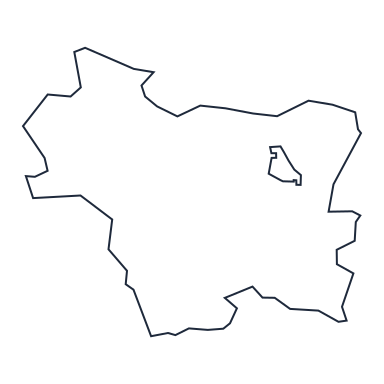 Karmana, Navoi, Uzbekistan (Mercator projection)
{"feature_id": "79887680B23954211598190", "entity_name": "Karmana", "entity_type": "district", "adm_level": 2, "iso_a3": "UZB", "parent_name": "Uzbekistan", "parent_adm1": "Navoi", "projection": "mercator", "projection_center": [65.268, 40.01], "detail": "fine", "context": "isolated", "style": "outline", "palette": "slate", "viewbox_px": 384, "rotation_deg": 0, "n_neighbors": 0, "source": "geoboundaries", "source_scale": "gbopen_adm2", "svg_char_len": 1043}
<svg xmlns="http://www.w3.org/2000/svg" viewBox="0 0 384 384"><path d="M151.1,336.2L168.0,333.0L175.4,335.1L188.9,328.4L207.8,329.9L223.3,328.7L230.0,323.3L236.9,308.3L224.8,297.9L252.5,286.6L262.5,297.6L274.7,297.8L290.1,308.9L318.4,310.6L338.5,321.8L346.6,320.6L342.0,306.8L353.4,273.4L336.9,264.2L336.7,249.8L354.7,240.8L355.8,222.0L360.3,215.5L352.2,211.3L328.6,211.7L333.5,184.3L361.0,133.1L358.0,129.3L355.2,112.3L332.5,104.7L308.5,100.7L277.1,116.2L253.1,113.5L225.5,108.3L200.3,105.6L177.4,116.4L157.1,106.4L145.1,96.5L141.5,85.5L153.6,72.2L133.8,68.9L85.1,47.8L74.3,52.0L80.8,87.4L70.6,96.5L47.7,94.5L23.0,126.1L44.6,158.0L47.6,170.8L34.9,176.8L25.9,176.1L33.1,198.1L80.5,195.5L112.2,219.5L108.5,249.3L127.0,270.8L125.7,284.2L133.5,289.7L151.1,336.2ZM284.0,152.3L288.5,160.5L294.3,169.6L300.9,175.1L300.6,184.9L296.4,184.8L296.3,180.3L293.7,180.1L293.7,181.6L282.9,181.3L280.4,180.1L268.7,173.7L271.6,157.9L276.2,157.8L276.1,153.2L271.4,153.2L270.1,147.1L280.5,146.4L284.0,152.3Z" fill="none" stroke="#1e293b" stroke-width="2"/></svg>